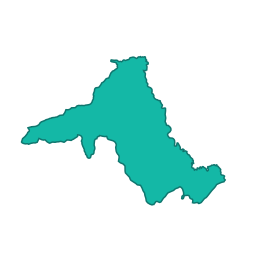 the district of Esparza, Puntarenas, Costa Rica, rotated 278°
{"feature_id": "36466004B94446731774240", "entity_name": "Esparza", "entity_type": "district", "adm_level": 2, "iso_a3": "CRI", "parent_name": "Costa Rica", "parent_adm1": "Puntarenas", "projection": "orthographic", "projection_center": [-84.661, 9.995], "detail": "fine", "context": "isolated", "style": "filled", "palette": "teal", "viewbox_px": 256, "rotation_deg": 278, "n_neighbors": 0, "source": "geoboundaries", "source_scale": "gbopen_adm2", "svg_char_len": 5844}
<svg xmlns="http://www.w3.org/2000/svg" viewBox="0 0 256 256"><g transform="rotate(278 128 128)"><path d="M112.9,189.6L113.3,187.8L112.5,186.2L112.5,185.8L112.9,185.7L114.3,186.4L114.7,185.7L114.7,184.9L114.2,184.4L113.9,183.7L114.1,182.9L114.8,182.6L116.2,182.4L119.4,180.1L120.1,179.4L120.1,179.0L119.9,178.7L117.3,178.6L117.0,178.3L116.7,177.7L116.7,177.0L116.9,176.5L120.1,176.3L121.9,175.9L122.8,175.4L123.7,174.4L124.1,173.4L124.0,170.4L125.8,168.6L126.8,168.1L127.6,168.2L128.3,168.4L130.2,170.2L131.8,170.8L133.2,170.6L134.3,170.0L135.3,168.8L136.2,167.2L136.0,165.9L136.2,165.7L137.8,165.0L139.4,163.9L143.1,164.0L145.1,163.4L146.4,162.9L150.2,162.8L152.7,162.4L152.9,162.1L152.9,161.6L152.4,160.0L152.4,159.0L152.7,158.5L153.3,158.4L154.8,158.9L155.3,158.9L155.6,158.8L156.7,157.6L157.6,157.1L157.9,156.6L159.3,156.2L159.5,155.6L159.5,154.3L160.0,153.2L160.2,151.6L161.1,150.1L162.7,148.9L163.2,149.2L164.0,149.0L165.3,147.9L165.5,147.1L166.1,146.7L166.8,146.5L167.0,146.8L169.1,146.5L169.9,146.1L170.9,144.9L171.6,142.4L172.0,141.7L172.5,141.4L174.3,141.5L174.7,141.3L175.9,139.9L178.4,139.6L179.7,138.6L181.1,137.8L184.1,137.7L184.9,137.3L185.2,136.7L185.8,136.1L187.1,135.4L187.1,137.1L187.3,137.6L187.8,137.8L188.1,138.5L191.2,138.3L192.9,137.5L193.4,137.5L194.1,139.0L195.2,139.0L195.9,138.4L196.3,137.2L196.8,136.4L197.8,137.0L198.7,135.9L200.6,135.3L200.8,135.1L200.8,134.3L200.4,133.7L200.4,132.4L199.8,130.9L200.4,130.4L200.0,129.6L199.8,128.4L199.6,128.2L198.7,127.6L198.1,126.9L198.2,126.2L198.9,124.2L198.9,123.1L198.2,121.3L198.1,120.9L197.8,120.2L196.3,119.6L195.8,118.9L195.5,118.1L194.5,116.1L194.5,115.6L194.8,114.8L194.7,114.2L194.3,113.7L193.4,113.2L192.7,112.4L192.9,111.0L192.5,110.1L192.5,109.5L193.5,107.8L193.5,106.8L193.1,104.9L193.1,101.9L192.5,101.7L191.8,101.7L191.6,101.9L191.3,102.9L191.2,106.1L190.8,107.4L189.7,107.8L189.4,108.7L187.2,108.8L186.7,109.2L186.1,109.2L185.4,108.8L184.3,107.4L182.9,106.2L182.1,104.7L181.0,104.1L180.1,103.4L175.1,102.1L174.6,101.5L174.4,100.7L173.6,99.4L171.1,98.0L169.9,97.0L169.0,95.7L167.1,95.1L164.6,93.7L164.0,92.9L163.4,90.7L162.9,90.1L161.9,89.6L159.7,89.6L157.0,89.0L156.0,89.0L155.5,89.2L155.2,89.6L153.1,89.5L151.9,89.7L150.5,89.1L148.4,88.7L147.0,87.9L146.4,87.4L145.7,86.1L145.2,84.6L144.8,83.0L144.1,81.5L143.9,78.9L143.6,77.8L143.5,76.1L143.2,75.3L142.6,74.2L141.3,73.4L140.8,72.9L140.1,69.2L139.1,68.5L138.3,67.5L137.7,66.1L137.5,64.0L134.5,63.3L131.8,61.9L131.1,59.0L130.8,58.3L129.8,57.3L129.7,56.9L129.3,56.6L129.0,56.1L128.9,55.3L128.4,54.4L127.6,51.2L127.2,51.0L126.6,49.2L125.7,47.9L124.8,45.7L123.8,44.5L122.0,41.3L121.0,40.3L119.8,39.8L118.7,39.2L117.2,37.2L116.6,35.8L115.8,32.2L115.5,31.9L115.4,31.3L114.3,28.9L113.5,29.4L112.9,30.2L112.3,30.6L111.0,30.6L109.7,29.4L108.2,29.0L105.3,27.3L102.8,25.1L99.3,24.5L98.5,25.4L98.1,27.1L98.0,28.6L98.4,30.3L98.4,30.8L98.1,31.9L99.3,34.0L100.2,36.7L100.3,38.2L101.3,40.1L105.3,41.3L104.4,44.2L104.3,46.1L104.7,47.2L104.7,47.6L103.1,49.7L102.2,51.9L102.1,52.6L102.4,53.2L103.4,54.8L103.6,55.7L103.7,57.7L104.4,59.7L104.6,60.9L105.4,63.2L105.3,64.5L105.0,66.6L105.3,67.1L107.6,69.2L107.8,71.0L107.8,73.3L107.9,73.6L108.9,74.7L109.3,75.5L110.3,76.6L112.1,78.7L112.6,79.2L114.2,79.1L114.2,81.0L113.6,82.7L112.0,84.0L110.3,84.1L109.0,83.7L108.1,83.8L107.5,84.4L105.9,84.6L103.8,85.7L100.7,87.7L99.2,87.9L97.3,89.4L96.0,89.7L95.1,91.0L93.7,91.5L93.0,92.2L92.7,93.0L92.8,94.1L93.1,94.6L93.7,95.0L95.8,95.2L96.5,95.4L97.3,97.2L98.4,97.7L100.7,97.6L102.3,98.0L103.2,98.0L104.5,97.7L106.3,96.8L107.9,96.7L110.9,96.6L111.6,96.8L112.3,97.1L112.9,98.0L113.0,98.6L115.0,99.0L115.3,99.4L115.6,100.4L116.6,100.8L116.3,104.3L116.3,106.5L116.7,107.6L116.7,108.1L114.9,109.0L114.0,109.9L113.2,115.4L112.1,117.3L110.9,118.2L109.8,118.7L108.4,118.7L107.3,118.5L103.5,119.5L102.3,120.1L100.8,121.3L99.9,122.4L98.7,123.1L97.5,123.3L93.7,123.2L92.4,125.4L91.9,127.6L91.6,128.3L90.3,130.0L89.6,130.4L85.0,131.1L83.2,131.7L79.5,136.3L77.2,137.6L76.6,138.2L74.1,143.6L73.2,144.8L73.0,145.3L73.0,148.4L70.3,150.4L67.9,151.7L66.0,153.4L63.5,154.2L60.8,155.5L58.4,156.2L57.8,156.6L56.6,158.0L55.6,160.4L55.2,162.5L55.8,163.5L55.8,164.2L58.9,165.8L59.2,166.3L59.3,167.4L58.7,169.5L58.9,170.1L59.4,170.9L63.5,172.9L65.4,174.5L67.7,175.6L69.4,176.7L72.6,181.9L74.2,183.2L74.8,184.0L75.6,185.7L77.1,187.6L76.4,189.2L75.1,190.5L72.2,191.9L70.0,192.4L69.0,192.0L67.9,191.0L65.6,191.0L65.4,191.4L65.4,191.9L65.8,192.5L66.6,192.8L69.0,193.2L69.0,193.8L69.6,196.1L69.6,197.4L69.2,198.1L67.9,198.7L67.0,199.3L66.5,200.6L66.5,201.3L66.2,201.8L65.1,202.3L63.0,202.3L62.9,203.8L63.9,206.9L63.9,207.7L63.3,208.0L63.1,208.3L63.3,209.2L64.2,210.6L64.6,211.0L68.4,213.3L69.4,214.2L69.6,214.7L71.0,215.8L77.7,219.7L80.7,221.8L82.2,222.7L84.3,223.6L85.6,225.5L87.3,228.4L88.1,230.5L89.1,230.9L89.5,231.2L90.1,231.5L91.4,230.0L92.5,230.0L93.5,230.3L93.9,230.2L94.4,229.0L94.5,227.2L94.8,226.7L95.5,226.2L97.2,226.2L97.6,225.7L98.4,225.5L99.6,225.6L100.0,225.4L102.7,222.2L102.7,221.5L103.8,221.1L103.8,220.7L102.9,219.6L103.6,218.8L103.5,218.0L103.0,217.4L102.8,216.0L101.8,215.2L101.6,214.5L100.9,213.2L100.9,212.6L100.7,212.4L100.4,212.5L100.1,213.4L100.0,212.6L99.6,212.3L99.4,212.3L98.2,213.3L97.7,213.4L97.1,213.3L96.5,212.7L96.6,212.3L96.9,211.8L98.4,211.0L98.7,210.5L99.3,209.5L99.5,208.6L100.0,208.2L100.2,207.5L99.7,206.8L98.6,206.4L99.5,205.3L99.4,204.9L99.0,204.6L97.6,204.6L97.6,204.1L98.1,202.9L98.1,202.3L97.9,202.1L96.3,202.1L96.1,202.0L96.1,201.7L96.3,201.2L96.4,200.5L95.6,199.6L97.3,198.6L97.3,197.4L98.1,196.5L99.4,196.5L100.9,196.8L101.3,196.0L101.5,195.9L102.6,196.2L102.5,196.8L102.0,197.4L102.1,197.9L102.5,197.8L103.1,197.3L104.7,197.2L105.1,196.4L105.9,196.5L106.3,196.2L107.7,194.0L109.3,192.9L109.7,192.4L110.0,192.0L110.0,191.4L110.3,190.8L111.8,189.6L112.9,189.6Z" fill="#14b8a6" stroke="#0f766e" stroke-width="1.5"/></g></svg>